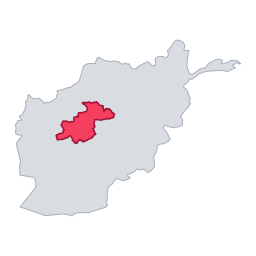 where Ghor sits in Afghanistan
{"feature_id": "AFG-1747", "entity_name": "Ghor", "entity_type": "Province", "adm_level": 1, "iso_a3": "AFG", "parent_name": "Afghanistan", "parent_adm1": "", "projection": "natural_earth1", "projection_center": [65.091, 34.196], "detail": "fine", "context": "in_parent", "style": "filled", "palette": "rose", "viewbox_px": 256, "rotation_deg": 0, "n_neighbors": 0, "source": "natural_earth", "source_scale": "10m", "svg_char_len": 8264}
<svg xmlns="http://www.w3.org/2000/svg" viewBox="0 0 256 256"><path d="M109.5,61.5L115.1,61.0L118.8,61.7L120.8,63.7L122.7,64.2L124.6,63.2L125.8,63.1L126.3,63.7L127.2,63.9L128.7,63.8L129.5,64.3L129.7,65.5L130.8,67.0L132.7,68.8L134.4,69.2L136.7,67.8L137.4,68.0L137.8,67.5L138.0,66.5L139.4,65.6L141.8,64.7L143.2,63.9L143.7,63.2L144.6,63.0L145.5,63.2L146.1,63.0L146.6,62.1L147.5,61.8L148.3,61.9L151.7,65.2L153.1,66.1L153.7,66.0L155.4,64.2L155.6,62.6L155.1,60.5L155.4,58.8L156.5,57.5L158.5,56.7L161.6,56.4L163.4,56.6L164.1,57.3L165.1,57.6L166.2,57.7L167.3,56.9L168.2,55.4L168.3,53.4L167.4,51.1L167.6,50.3L169.1,49.2L170.7,47.4L172.2,45.1L173.7,42.4L175.5,40.7L177.7,40.0L180.4,40.8L183.6,42.9L184.9,45.6L184.1,48.7L184.1,50.4L184.8,50.8L188.4,50.2L188.8,50.6L188.8,51.5L188.3,52.8L187.8,56.5L186.8,65.7L188.5,71.2L189.5,73.4L190.6,74.1L191.7,74.3L192.8,74.1L194.9,72.7L198.2,70.1L201.3,68.5L205.9,67.7L207.4,64.9L209.5,63.0L214.4,60.3L217.0,59.3L218.6,59.1L222.3,60.1L222.5,60.9L222.3,61.8L221.3,62.6L220.9,63.2L221.4,63.6L222.9,63.7L229.3,61.8L230.7,60.2L232.1,60.1L234.8,60.8L236.9,60.6L238.1,61.3L240.6,63.7L239.8,63.9L238.7,63.4L238.0,62.6L235.5,63.6L232.6,65.2L232.7,65.6L235.3,67.8L230.0,70.2L227.6,71.6L227.0,71.6L223.3,70.4L213.2,70.8L205.5,71.5L202.5,72.8L199.7,73.4L198.3,74.0L197.4,75.3L193.2,78.2L192.4,79.2L190.0,79.1L187.6,81.9L184.1,85.2L183.4,86.8L183.9,87.6L185.9,88.8L186.8,89.9L188.2,93.1L188.8,95.4L189.6,96.4L190.1,99.1L189.3,100.6L189.3,101.4L190.5,103.4L190.2,104.1L189.4,105.0L188.0,107.6L185.5,109.6L184.5,111.3L182.7,113.2L182.0,114.8L181.2,115.6L180.5,116.1L180.7,117.0L181.4,118.0L182.6,119.2L182.6,124.1L182.0,125.4L178.8,126.8L175.7,127.3L172.0,127.4L170.6,127.2L165.3,125.4L163.7,126.3L163.4,128.4L166.4,131.8L167.6,133.8L169.0,137.0L170.1,138.7L169.7,140.2L164.4,143.6L161.0,144.0L158.8,144.6L157.8,145.4L157.1,149.1L156.3,150.4L156.3,152.0L155.6,153.8L154.6,154.9L153.8,156.8L154.5,166.5L151.4,170.3L149.7,171.7L148.1,172.4L146.7,172.1L144.9,169.9L143.7,169.1L142.5,169.3L141.3,170.0L139.3,169.8L137.6,169.0L136.8,169.1L136.3,169.9L134.5,171.5L130.1,174.0L128.3,174.2L127.6,174.9L127.9,175.9L128.7,176.7L130.1,177.3L130.1,178.0L127.9,179.3L125.6,180.1L123.0,180.5L120.2,180.0L118.8,178.9L117.2,178.8L115.7,179.6L114.1,180.9L112.0,184.3L108.8,186.4L108.0,188.5L107.1,192.3L107.4,197.9L107.0,200.4L106.3,202.0L106.5,203.3L107.6,204.8L107.1,205.7L106.2,206.8L105.4,207.3L88.1,212.7L85.3,212.8L83.8,212.6L78.9,212.6L76.9,213.0L74.8,213.7L73.3,214.6L72.1,216.0L70.1,215.2L63.7,213.9L46.2,215.6L44.5,215.3L20.1,206.9L35.3,188.0L35.8,186.4L35.9,183.3L35.0,179.2L33.5,177.3L20.1,175.1L19.7,171.9L19.9,170.4L19.7,167.6L19.8,165.5L20.4,162.0L20.4,160.4L16.4,144.7L16.4,143.1L18.9,139.5L22.1,136.0L22.0,135.4L20.4,135.0L18.0,134.9L16.7,134.4L15.7,133.4L15.4,132.0L16.0,129.5L15.5,124.6L18.0,120.4L21.9,120.2L19.9,117.2L19.5,116.9L19.4,116.3L19.6,115.8L20.6,115.6L22.9,113.7L23.0,112.6L25.0,109.8L24.9,108.5L26.1,105.2L25.5,102.9L25.4,101.7L26.8,100.9L27.7,97.8L28.3,97.0L28.3,96.3L28.0,95.0L29.3,94.8L30.5,96.4L32.4,98.1L33.6,98.6L35.2,98.9L38.6,98.3L39.3,98.4L42.9,101.4L43.5,102.1L43.8,103.3L44.3,103.7L45.6,102.5L46.8,102.1L49.1,102.5L50.3,102.0L56.1,98.3L56.6,96.0L57.1,94.6L57.9,93.8L57.0,91.1L57.3,90.6L58.1,90.3L60.0,90.3L68.8,87.4L71.1,87.4L71.6,87.1L71.8,86.3L72.4,85.4L76.6,83.2L79.0,81.0L79.8,79.3L83.7,65.7L85.9,64.5L88.0,63.6L95.3,63.4L96.6,59.2L97.2,58.2L98.5,57.2L103.9,60.2L109.5,61.5Z" fill="#d9dde1" stroke="#a8b0b8" stroke-width="1"/><path d="M108.0,108.7L108.7,108.8L109.2,109.0L110.5,110.0L110.8,110.5L111.4,111.0L111.5,111.6L111.6,111.8L111.8,112.1L112.3,112.5L112.5,112.6L112.3,112.9L112.3,113.1L112.6,113.0L112.9,113.2L113.0,113.2L113.3,113.1L114.0,113.5L114.4,113.9L114.4,114.0L114.5,114.3L114.5,114.5L114.4,114.6L114.1,115.1L113.6,115.5L113.5,116.1L113.6,116.4L113.7,116.5L113.9,116.7L113.9,116.9L113.0,117.8L112.7,117.9L112.6,118.0L112.1,117.8L111.1,118.1L110.0,118.8L109.6,118.7L107.7,119.0L107.4,119.1L107.0,118.8L106.7,118.7L105.9,118.5L105.7,118.5L105.4,118.9L105.1,119.3L104.8,119.4L104.6,119.5L104.2,119.4L103.6,119.5L103.2,119.4L102.5,119.4L102.1,119.9L101.7,120.1L101.3,120.2L100.3,120.0L98.2,119.8L97.0,119.6L96.4,119.6L95.0,119.6L94.8,119.7L94.6,120.3L94.6,120.6L94.7,120.8L94.4,121.5L94.2,122.3L94.2,122.6L94.4,122.7L94.4,122.8L94.2,123.3L94.2,123.8L94.0,124.4L94.0,124.9L94.0,125.0L94.3,125.6L94.7,125.7L94.8,125.9L94.9,126.5L94.8,126.9L94.7,127.1L94.2,127.6L94.1,128.0L93.6,128.3L93.0,128.6L92.9,128.8L92.9,129.0L93.0,129.3L93.0,129.5L93.5,129.9L93.6,130.1L93.7,130.3L93.8,130.4L94.1,130.5L94.3,130.8L94.4,131.0L94.6,132.7L94.8,133.0L95.1,133.1L95.3,133.3L95.5,133.6L95.6,133.8L95.7,134.0L95.3,134.5L94.7,134.8L94.2,135.2L93.7,135.8L93.2,136.3L93.0,136.5L92.7,136.5L92.3,137.0L92.4,137.6L91.8,137.9L91.5,138.0L91.1,138.1L90.7,138.3L90.1,138.8L89.5,138.7L89.1,138.8L88.4,139.2L88.2,139.5L87.9,139.8L86.5,140.4L86.4,140.5L86.0,140.8L85.8,141.0L85.7,141.0L85.3,141.0L85.1,140.8L84.9,140.9L84.6,141.1L84.0,141.7L83.7,141.9L83.4,141.8L83.3,141.7L83.2,141.2L82.2,141.4L81.8,141.0L81.6,140.8L81.6,140.6L81.5,140.4L81.2,140.3L80.7,140.3L80.4,140.3L80.1,140.1L79.9,140.0L79.8,139.7L79.7,139.6L79.2,139.6L79.0,139.8L78.7,140.8L78.4,141.2L78.3,141.4L77.9,141.7L77.6,141.9L77.4,142.0L76.9,142.1L76.7,142.3L76.8,142.4L77.1,142.9L77.1,143.1L76.9,143.2L76.4,143.2L76.0,143.4L75.9,143.4L75.3,143.0L74.9,142.7L74.7,142.6L74.4,142.7L74.2,142.4L73.7,141.5L73.6,141.3L73.3,141.1L73.2,140.8L73.2,140.7L72.9,140.6L72.5,140.5L72.5,140.4L72.4,140.3L72.5,139.9L72.4,139.5L72.4,139.2L71.9,137.9L71.0,136.4L70.7,136.1L70.1,135.8L69.8,135.8L69.0,136.2L68.5,136.6L68.2,137.0L67.9,137.4L67.8,137.6L67.5,137.7L66.4,137.8L65.8,138.0L65.3,138.2L64.9,138.4L64.3,138.9L63.7,139.1L62.9,139.3L59.7,139.4L58.5,139.8L58.3,139.9L57.7,139.8L57.2,139.6L57.1,139.3L57.0,138.5L57.0,138.2L57.0,137.8L56.9,137.6L56.5,137.1L56.4,136.9L56.4,136.7L56.5,136.3L56.4,136.2L56.2,135.8L56.1,135.6L56.4,135.2L57.0,134.7L57.7,134.5L58.0,134.4L58.4,134.1L58.6,133.9L58.8,133.8L60.6,133.3L62.1,133.2L62.6,133.0L62.9,132.7L63.2,132.2L63.1,131.9L62.9,131.2L63.0,130.9L63.2,130.7L63.7,130.7L64.0,130.5L64.1,130.4L64.2,130.2L64.1,129.8L63.6,129.3L63.5,129.2L63.3,128.4L63.2,128.1L63.0,127.8L62.7,127.4L62.1,126.9L62.0,126.7L61.9,126.3L61.8,126.1L61.2,125.0L61.2,124.8L61.2,124.6L62.2,123.1L62.6,122.3L62.9,121.2L65.4,121.1L66.8,121.2L67.5,121.4L68.0,121.8L68.2,122.0L68.5,122.1L70.5,122.2L70.8,121.8L70.9,121.6L71.8,122.1L72.2,122.0L72.7,122.0L73.0,121.8L73.2,121.6L73.4,121.4L73.6,121.4L73.8,121.4L74.0,121.1L74.1,120.8L74.2,120.6L74.1,120.4L73.8,119.9L73.9,119.5L73.9,119.3L73.9,118.8L73.9,118.4L73.9,117.6L73.9,117.4L74.0,117.3L74.1,117.2L74.4,117.1L75.2,117.2L75.6,117.1L76.0,116.8L76.5,116.7L77.2,116.3L77.4,116.4L77.6,116.7L77.7,116.9L78.3,117.0L78.4,116.9L78.5,116.7L78.4,116.4L78.2,115.8L78.1,115.5L78.1,115.0L78.4,113.4L78.5,113.1L78.7,112.8L78.9,112.7L79.2,112.6L81.1,112.7L81.5,112.9L82.0,112.9L83.2,112.3L86.1,111.5L86.5,111.3L86.6,111.2L86.8,111.1L87.0,110.6L87.2,109.9L87.1,109.2L87.3,108.2L87.2,107.7L86.9,107.3L86.8,107.1L86.7,106.9L86.7,106.7L86.4,106.2L85.4,105.5L85.3,105.4L84.9,104.8L84.5,104.4L84.4,104.3L84.2,104.2L83.8,104.3L83.7,104.2L82.9,103.8L82.7,103.5L82.4,102.9L83.6,102.4L84.3,102.3L84.6,102.4L84.9,102.8L85.1,102.8L85.3,102.8L86.5,102.4L86.8,102.4L86.8,102.6L87.5,102.6L88.3,102.1L88.5,102.0L88.8,102.1L89.2,102.3L89.5,102.5L90.0,102.6L90.3,102.3L90.6,102.5L90.7,102.8L90.7,103.0L90.8,103.4L91.2,103.2L91.3,103.2L91.6,103.3L91.8,103.3L92.6,103.0L93.2,102.4L93.7,102.1L93.8,102.3L94.0,102.4L94.9,102.4L95.6,102.3L95.7,102.2L95.8,102.0L96.0,102.0L96.5,101.8L96.6,102.1L96.7,102.3L97.1,102.5L97.3,102.9L97.4,103.0L97.6,103.1L98.0,103.3L98.3,103.2L98.4,103.3L98.5,103.4L98.4,103.7L98.5,104.1L98.8,104.6L99.0,104.8L99.2,105.0L100.9,105.5L101.3,105.6L102.1,105.7L102.3,105.7L102.5,105.7L102.9,105.8L103.0,106.0L103.1,106.7L103.0,106.9L102.7,107.1L102.8,107.3L103.1,107.6L102.9,107.9L102.9,108.1L103.2,108.1L103.3,108.3L103.6,108.7L104.0,110.3L103.9,110.8L103.9,111.1L104.0,111.2L104.6,110.4L105.0,110.3L105.1,110.2L105.1,109.8L105.5,109.8L105.6,109.7L105.7,109.4L106.0,109.3L106.1,109.2L106.0,108.8L106.0,108.7L106.3,108.5L106.8,108.8L107.0,108.9L107.4,108.9L107.6,108.9L108.0,108.7Z" fill="#f43f5e" stroke="#9f1239" stroke-width="1.5"/></svg>